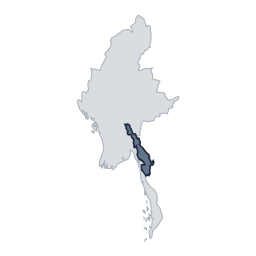 Kayin highlighted on a map of Myanmar
{"feature_id": "MMR-3266", "entity_name": "Kayin", "entity_type": "State", "adm_level": 1, "iso_a3": "MMR", "parent_name": "Myanmar", "parent_adm1": "", "projection": "albers", "projection_center": [97.58, 17.357], "detail": "fine", "context": "in_parent", "style": "filled", "palette": "slate", "viewbox_px": 256, "rotation_deg": 0, "n_neighbors": 0, "source": "natural_earth", "source_scale": "10m", "svg_char_len": 8756}
<svg xmlns="http://www.w3.org/2000/svg" viewBox="0 0 256 256"><path d="M167.4,113.9L164.8,112.6L162.8,113.8L159.8,113.4L160.2,116.0L158.5,116.9L155.5,116.6L153.7,120.6L147.5,121.7L143.4,120.9L141.1,124.5L141.0,128.5L139.9,130.9L140.3,135.0L137.7,136.1L136.1,135.9L136.9,137.8L139.0,138.7L140.3,143.0L139.9,144.7L148.4,154.6L151.0,162.4L153.1,161.4L153.7,162.2L152.9,164.3L150.2,165.9L149.9,174.1L145.6,176.2L145.7,178.9L146.3,180.9L150.1,186.4L154.4,190.1L156.8,194.1L157.3,200.0L156.7,202.5L157.9,206.0L160.1,208.3L162.7,217.5L157.7,225.8L152.6,231.2L151.9,236.8L150.3,238.7L149.5,236.9L149.1,231.0L151.6,227.2L152.3,219.9L153.9,218.4L153.1,217.6L151.0,218.1L151.7,212.3L150.6,212.0L151.5,210.8L150.2,200.9L146.3,194.0L145.8,191.0L145.2,195.0L144.7,194.3L144.6,188.8L142.3,182.9L142.5,182.3L143.6,182.9L142.6,181.5L141.8,181.8L141.2,180.4L139.9,168.0L138.5,166.3L139.1,160.9L140.1,159.6L136.0,160.1L134.1,155.6L134.0,153.2L130.0,149.5L130.7,150.6L130.0,151.9L130.6,154.0L129.0,157.8L127.3,159.6L125.0,160.3L123.3,159.2L122.9,157.1L122.3,157.1L123.8,161.0L117.2,164.3L116.2,166.7L112.8,169.7L111.8,169.3L112.4,165.2L110.3,168.4L107.6,168.5L107.1,164.1L105.9,166.6L104.3,167.4L104.9,160.0L104.5,162.2L101.8,165.1L99.2,166.0L99.9,159.9L103.5,150.3L103.8,147.2L102.1,139.4L99.2,132.9L100.1,132.9L98.1,131.0L97.9,126.2L96.7,127.9L96.5,130.9L93.9,129.3L91.6,125.1L92.6,124.7L95.3,126.7L96.9,125.7L97.4,124.3L93.0,120.1L94.2,118.5L92.7,118.5L89.0,116.5L87.9,116.8L88.3,118.6L87.5,119.0L86.1,116.4L87.2,115.1L86.3,115.0L87.0,112.7L86.6,112.4L84.8,115.4L83.8,114.7L85.0,113.1L84.5,112.2L83.0,110.4L83.0,113.6L79.2,108.4L77.2,101.4L78.9,99.6L81.9,101.8L81.9,93.2L83.2,91.4L86.3,93.0L87.2,90.8L88.5,90.3L87.8,84.4L88.8,80.6L90.9,80.0L91.5,76.9L91.8,72.8L90.9,68.2L92.8,69.3L94.9,68.9L99.8,70.6L101.8,65.3L106.5,56.6L104.8,54.5L105.2,53.3L109.3,48.8L111.4,44.7L110.5,41.0L111.4,38.0L115.1,36.2L123.2,30.2L129.1,29.4L131.5,31.8L133.2,32.0L130.7,26.4L135.8,22.2L135.6,18.8L138.0,15.4L139.3,15.5L140.5,17.2L141.8,17.2L144.1,19.7L146.3,26.8L148.0,25.5L150.2,26.5L151.2,37.0L150.6,43.1L149.3,44.5L150.3,47.0L148.2,47.9L146.8,50.3L144.7,50.5L143.2,53.9L141.1,54.4L139.9,57.0L140.2,59.0L138.5,60.1L137.9,63.5L139.4,64.9L139.9,66.7L138.3,70.5L139.6,70.7L145.5,68.1L149.6,68.6L152.4,68.0L150.7,70.6L152.4,74.0L152.8,79.2L159.1,80.6L160.1,81.9L158.7,83.6L156.6,92.0L164.8,93.1L165.1,96.4L166.9,97.6L167.2,99.4L168.3,99.9L172.7,99.8L175.3,97.5L178.6,96.5L178.8,98.3L178.1,99.7L174.5,101.7L172.0,105.6L171.9,106.5L173.0,107.2L168.8,108.8L167.4,113.9ZM94.2,122.8L96.8,124.4L96.3,125.6L94.6,125.7L93.3,123.6L94.2,122.8ZM147.1,206.8L148.9,209.3L147.2,210.9L147.1,206.8ZM93.7,133.4L92.3,132.5L91.4,131.2L94.3,131.2L93.7,133.4ZM149.7,217.3L149.8,220.6L148.6,220.2L147.9,217.5L149.7,217.3ZM103.2,166.0L101.4,168.0L101.1,166.3L103.7,163.7L103.2,166.0ZM138.4,163.4L137.3,162.8L137.1,160.9L138.0,160.4L138.7,161.3L138.4,163.4ZM146.1,221.3L145.9,220.2L147.0,217.6L146.8,219.9L146.1,221.3ZM145.5,227.3L147.0,229.8L146.7,230.2L145.3,228.3L144.4,228.5L145.5,227.3ZM150.7,215.5L149.1,216.2L149.0,214.0L150.7,215.5ZM147.0,238.5L144.9,240.6L145.2,239.5L147.0,238.5ZM85.7,116.7L86.3,119.4L85.2,116.2L85.7,116.7ZM147.1,201.7L147.1,203.7L146.6,200.4L147.1,201.7ZM91.7,118.7L91.9,120.4L90.8,118.0L91.7,118.7ZM145.1,213.2L143.9,212.2L144.3,211.5L144.9,211.6L145.1,213.2ZM144.2,210.3L143.5,211.6L142.7,210.8L143.3,210.2L144.2,210.3ZM144.4,218.2L144.4,219.4L143.6,216.7L144.4,218.2ZM106.0,168.5L105.2,168.4L106.3,167.1L106.4,167.6L106.0,168.5ZM150.0,227.5L149.2,227.3L149.8,226.0L150.0,227.5Z" fill="#d9dde1" stroke="#a8b0b8" stroke-width="1"/><path d="M136.0,135.5L135.8,135.5L136.1,135.9L136.2,136.1L136.3,136.3L136.6,136.8L136.8,137.3L136.9,137.8L137.0,138.1L137.1,138.4L137.3,138.6L137.8,139.0L137.9,138.9L138.0,138.8L138.2,138.2L138.4,138.1L139.1,138.5L139.2,138.9L139.1,139.1L138.9,139.1L138.9,139.3L139.0,139.5L139.6,140.4L139.7,140.7L139.8,141.0L139.7,141.3L139.8,141.4L140.0,141.5L140.3,142.2L140.4,142.3L140.4,142.6L140.0,142.9L139.6,143.6L139.8,144.2L139.5,144.3L139.9,144.7L140.0,145.0L140.3,145.2L140.4,145.4L140.4,145.8L140.5,145.9L140.6,146.1L142.5,147.9L143.1,148.2L143.2,148.3L143.2,148.5L143.5,148.9L143.7,149.4L143.9,149.6L144.3,149.8L144.4,150.0L144.3,150.4L144.4,150.5L145.5,151.6L145.9,151.9L146.3,152.5L146.5,152.7L146.4,152.8L146.4,153.0L146.7,153.0L146.6,153.3L146.8,153.5L147.1,153.8L147.7,153.8L147.9,153.8L148.2,154.0L148.4,154.2L148.7,154.8L148.8,154.9L148.9,155.1L148.9,155.3L148.9,155.5L149.2,155.6L149.4,156.1L149.1,156.0L149.1,156.4L149.3,156.5L149.2,156.9L149.0,157.0L148.8,157.0L148.7,157.2L148.6,157.5L149.0,158.0L149.1,158.4L149.3,158.7L149.7,158.9L149.9,159.2L149.9,159.4L149.9,159.8L150.7,160.8L150.8,161.1L150.6,161.4L150.7,161.6L150.8,161.9L151.0,162.8L151.1,163.0L151.3,163.1L151.5,163.0L151.8,162.5L152.5,161.9L152.7,161.6L152.8,161.1L152.9,160.9L153.1,160.7L153.1,161.1L153.4,161.3L153.6,161.5L153.8,161.8L153.9,162.0L153.7,162.6L153.7,163.1L153.6,163.3L153.2,163.9L153.1,164.2L153.1,164.7L153.0,164.8L152.7,165.1L152.3,165.1L152.2,165.0L151.5,164.9L151.3,164.9L151.0,165.0L150.8,165.5L150.7,165.7L150.6,165.8L150.2,165.9L149.8,165.8L149.7,165.9L149.8,166.1L150.1,166.5L150.0,167.4L150.0,167.7L150.1,168.2L150.0,168.5L149.7,169.7L149.7,170.0L149.7,170.6L149.7,171.3L150.0,173.1L150.0,173.7L149.9,174.3L149.6,174.7L149.6,174.4L149.4,174.2L148.9,174.0L148.5,174.2L148.1,174.3L148.0,174.6L147.8,174.9L147.8,175.0L148.0,175.2L148.0,175.5L147.9,175.5L147.7,175.4L147.3,175.2L147.1,175.1L146.8,175.1L146.7,175.1L146.3,175.7L146.1,175.9L145.9,176.0L145.8,175.6L145.6,175.0L145.2,174.7L144.8,174.3L144.5,173.6L144.2,173.4L143.8,172.5L143.5,172.2L143.3,171.8L142.8,171.3L142.8,171.0L142.7,170.9L142.2,170.5L141.9,170.5L141.8,170.3L141.8,170.2L142.0,169.8L142.0,169.7L141.9,169.5L141.9,169.2L141.7,168.8L141.5,168.3L141.4,167.7L141.5,167.3L141.4,166.9L141.5,166.7L141.6,166.4L141.7,166.2L141.6,165.8L141.5,165.4L141.2,165.0L141.3,164.9L141.8,164.8L142.4,164.8L142.9,164.7L143.4,164.6L143.5,164.7L143.7,164.8L144.2,165.0L144.3,165.0L144.4,164.8L144.9,164.5L144.9,164.4L144.9,164.1L144.5,163.8L144.4,163.6L144.3,163.3L144.2,163.0L144.0,162.9L143.8,162.6L143.5,162.5L143.4,162.4L143.3,161.8L143.2,161.3L142.9,161.4L142.6,161.4L142.4,161.3L142.3,161.2L142.2,160.9L142.0,160.7L141.8,160.7L141.7,160.6L141.6,160.3L141.6,160.0L141.0,160.2L140.8,160.2L140.3,159.7L140.2,159.5L139.9,159.5L139.8,159.3L139.8,159.2L139.5,159.2L139.4,159.2L139.1,158.9L139.1,158.7L138.8,158.5L138.6,158.2L138.2,157.7L138.1,157.2L138.1,156.9L137.9,156.6L137.9,156.3L137.7,156.1L137.4,155.7L137.5,155.6L137.5,155.3L137.5,155.0L137.2,154.6L137.1,154.2L137.3,154.0L137.4,153.9L137.3,153.6L137.5,153.3L137.6,153.1L137.9,152.8L137.6,152.1L137.7,151.9L137.8,151.8L137.5,151.1L137.7,150.8L137.7,150.7L137.6,150.4L137.5,150.2L137.3,149.9L137.2,149.7L137.1,149.3L137.0,149.0L136.9,148.7L137.0,148.0L137.0,147.9L136.9,147.8L136.7,147.6L136.2,146.7L136.2,146.3L136.3,146.2L136.5,146.0L136.6,145.9L136.5,145.7L136.4,145.8L136.2,145.8L136.1,146.1L135.9,146.3L135.7,146.6L135.6,146.9L135.5,147.2L135.4,147.2L135.1,147.0L134.8,147.3L134.6,147.4L134.6,147.7L134.4,147.7L134.2,147.5L134.2,146.8L133.9,145.8L133.8,145.4L134.0,145.0L134.0,144.8L134.1,144.4L133.8,144.2L133.8,143.8L133.3,142.7L133.2,142.6L133.3,142.4L133.5,142.1L133.6,141.8L133.7,141.7L133.9,141.4L133.9,141.0L134.1,140.5L134.1,140.3L133.5,139.9L133.4,139.7L133.4,139.0L133.2,138.5L133.1,138.4L132.9,138.4L132.8,138.7L132.7,138.7L132.5,138.2L132.4,138.1L132.2,137.8L131.8,137.7L131.6,137.4L131.5,137.1L131.4,136.8L131.5,136.5L131.5,136.3L131.6,135.9L131.6,135.6L131.6,135.3L131.5,135.0L131.5,134.8L131.3,134.7L131.2,134.4L130.9,134.3L130.4,134.5L129.7,134.9L129.1,134.8L128.8,134.6L128.6,134.6L128.3,134.8L128.2,134.8L128.1,134.5L127.9,134.2L127.6,133.6L127.3,133.1L127.3,132.9L127.7,132.5L127.6,132.4L127.4,131.9L127.4,131.6L127.5,131.5L128.1,131.1L128.1,130.9L127.8,130.4L127.4,130.1L127.1,129.8L126.6,129.4L126.3,128.9L126.2,128.5L126.1,128.3L126.5,127.9L126.4,127.8L126.3,127.7L126.2,127.6L126.0,127.0L125.9,126.8L125.8,126.5L125.6,126.3L125.7,125.8L125.6,125.7L125.3,125.4L125.2,125.1L125.2,124.8L125.2,124.7L124.9,124.3L126.1,124.2L126.3,124.2L126.6,124.3L127.0,124.4L127.0,124.5L127.1,124.8L127.6,124.5L127.8,124.3L127.9,124.2L128.0,124.0L128.3,124.4L128.4,124.6L128.6,124.7L128.9,124.8L129.7,125.4L130.0,126.0L129.9,126.1L129.9,126.9L129.9,127.0L130.1,127.6L130.2,127.9L130.2,128.0L130.5,128.1L131.0,128.6L131.1,129.0L131.3,129.2L131.3,129.4L131.3,129.7L131.4,129.9L131.4,130.2L131.5,130.6L131.9,131.1L131.9,131.5L132.1,131.7L132.4,132.1L132.4,132.4L133.1,133.7L133.2,133.8L133.4,133.8L133.8,133.9L134.2,133.9L135.2,133.9L135.4,134.0L135.5,134.1L135.6,134.4L135.8,134.6L136.0,135.5Z" fill="#64748b" stroke="#1e293b" stroke-width="1.5"/></svg>